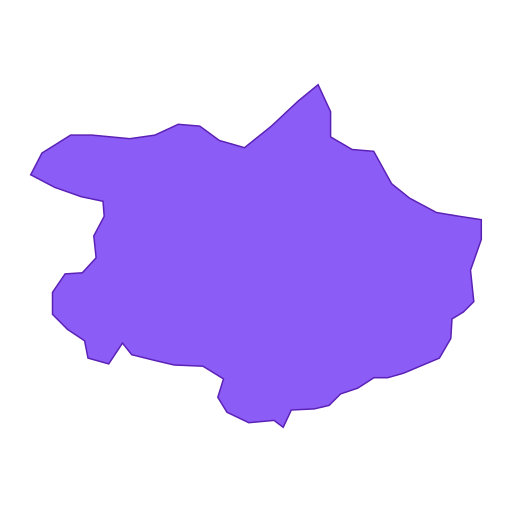 Kalo Chorio Kapouti, Cyprus (orthographic projection)
{"feature_id": "46923920B84708400671300", "entity_name": "Kalo Chorio Kapouti", "entity_type": "district", "adm_level": 2, "iso_a3": "CYP", "parent_name": "Cyprus", "parent_adm1": "", "projection": "orthographic", "projection_center": [33.028, 35.241], "detail": "fine", "context": "isolated", "style": "filled", "palette": "violet", "viewbox_px": 512, "rotation_deg": 0, "n_neighbors": 0, "source": "geoboundaries", "source_scale": "gbopen_adm2", "svg_char_len": 896}
<svg xmlns="http://www.w3.org/2000/svg" viewBox="0 0 512 512"><path d="M283.2,427.3L291.3,410.0L314.2,408.9L329.1,405.4L340.6,393.9L357.8,388.1L373.9,377.7L387.7,377.7L403.8,373.1L417.5,367.3L439.4,358.1L450.8,338.5L452.0,318.9L463.4,312.0L473.8,301.6L470.5,270.2L481.3,239.5L481.3,219.7L458.0,216.1L436.4,212.5L409.5,198.1L391.6,183.7L373.7,151.3L352.1,149.5L330.6,136.9L330.6,111.7L325.9,101.6L318.1,84.7L298.3,100.9L271.4,126.1L244.5,147.7L219.4,140.5L199.7,126.1L178.2,124.3L154.9,135.1L129.8,138.7L92.1,135.1L70.6,135.1L41.9,153.1L30.7,174.8L54.8,187.4L81.2,196.7L103.0,201.3L104.2,216.3L93.8,235.9L96.1,257.8L82.3,272.8L65.1,273.9L52.5,292.4L52.5,314.3L67.4,329.3L84.6,340.8L88.0,358.1L108.7,363.9L122.5,343.1L131.7,354.7L154.6,360.4L174.2,365.0L202.9,366.2L223.5,378.9L217.8,397.3L227.0,412.3L248.8,422.7L274.0,420.4L283.2,427.3Z" fill="#8b5cf6" stroke="#5b21b6" stroke-width="1.5"/></svg>